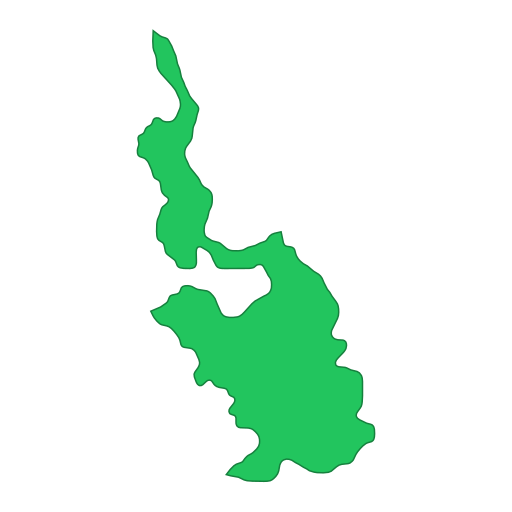 outline of Cambita Garabito, San Cristóbal, Dominican Republic
{"feature_id": "3306468B64395738690475", "entity_name": "Cambita Garabito", "entity_type": "district", "adm_level": 2, "iso_a3": "DOM", "parent_name": "Dominican Republic", "parent_adm1": "San Cristóbal", "projection": "natural_earth1", "projection_center": [-70.253, 18.535], "detail": "fine", "context": "isolated", "style": "filled", "palette": "green", "viewbox_px": 512, "rotation_deg": 0, "n_neighbors": 0, "source": "geoboundaries", "source_scale": "gbopen_adm2", "svg_char_len": 6099}
<svg xmlns="http://www.w3.org/2000/svg" viewBox="0 0 512 512"><path d="M226.3,474.6L230.7,475.8L238.5,477.2L244.1,479.9L247.1,480.7L252.3,481.1L264.0,481.3L267.1,481.2L270.2,480.7L272.0,479.8L273.6,478.6L275.8,476.4L277.6,473.8L278.7,470.9L279.8,464.9L281.0,462.3L282.2,460.9L283.6,459.9L286.4,459.1L289.1,459.3L291.8,460.2L295.5,462.6L298.8,464.3L303.4,467.2L306.7,468.9L309.4,470.7L314.0,472.1L317.1,472.6L323.4,472.8L328.4,472.3L331.2,471.2L336.6,466.7L339.1,465.1L341.8,464.3L348.2,463.6L350.0,463.0L352.1,461.3L353.3,459.9L355.8,454.6L357.5,451.9L360.3,448.5L362.6,446.1L365.8,443.6L367.5,442.8L371.6,441.6L372.9,440.6L373.5,439.8L373.9,438.9L374.4,436.9L374.6,433.7L374.4,429.4L373.9,427.4L373.5,426.4L372.3,425.0L370.8,424.3L366.6,423.2L359.6,419.8L357.5,418.3L356.6,416.9L356.3,416.1L356.2,415.2L356.6,413.3L357.5,411.8L360.3,407.9L361.3,406.1L361.9,404.0L362.2,401.7L362.5,395.8L362.5,381.5L362.2,378.1L361.6,376.0L361.1,375.1L359.4,372.9L357.1,371.5L350.8,369.9L346.9,368.0L345.2,367.4L339.0,366.8L337.5,366.4L336.1,365.4L335.7,364.6L335.4,362.7L335.6,361.8L336.4,360.0L338.3,357.7L343.5,352.3L344.8,350.6L345.9,348.7L346.5,345.7L346.4,343.8L345.8,342.0L344.5,340.7L343.0,340.1L337.8,339.8L335.2,339.1L333.7,338.2L332.4,336.8L331.6,335.2L331.3,334.2L331.3,332.1L331.7,330.3L337.5,318.4L338.4,315.5L338.7,312.3L338.6,309.0L338.1,305.9L337.4,303.9L335.7,301.2L332.0,296.2L329.8,292.4L327.3,289.3L324.0,282.8L322.1,278.3L320.5,276.0L318.5,274.2L313.7,271.3L307.4,266.0L303.3,263.7L300.2,261.1L298.1,258.7L296.5,256.0L295.8,254.1L294.6,249.7L293.7,248.3L292.3,247.4L290.8,246.9L286.8,246.3L285.3,245.7L284.6,245.1L284.1,244.4L283.4,242.8L281.1,231.8L274.5,233.3L271.9,234.3L269.8,235.9L268.7,237.2L266.8,239.9L266.3,240.5L264.9,241.4L260.0,243.1L255.3,245.5L248.1,247.4L243.4,249.9L241.5,250.4L238.5,250.8L232.3,250.7L230.2,250.3L228.3,249.6L226.6,248.6L220.4,243.4L218.7,242.5L213.3,241.1L211.6,240.5L206.6,237.3L205.4,236.1L204.9,235.2L204.2,232.1L204.1,229.9L204.4,226.5L204.9,224.2L207.5,218.1L209.1,211.1L211.1,206.8L211.7,204.9L212.1,202.8L212.3,199.6L212.2,196.4L211.8,194.4L211.0,192.5L209.2,190.3L207.8,189.2L204.0,187.0L202.1,185.1L201.1,183.6L199.5,180.0L197.9,177.4L190.1,167.7L189.1,165.9L187.5,162.2L185.5,158.0L184.9,156.1L184.6,154.0L184.8,150.9L185.7,147.9L186.8,146.1L190.5,141.1L191.8,138.3L192.2,136.2L193.1,127.8L193.7,125.9L195.2,122.5L195.8,120.6L197.1,114.6L198.4,110.5L198.6,108.9L198.5,107.9L197.8,106.2L196.7,104.7L191.5,98.5L189.7,96.0L187.3,90.5L185.1,86.2L183.8,82.5L181.4,77.3L179.9,70.2L179.3,68.3L177.5,63.9L175.8,55.9L173.5,50.6L171.7,46.0L168.6,40.5L167.6,39.1L166.9,38.6L165.4,37.9L162.1,36.9L159.7,35.7L153.2,30.7L152.8,40.9L153.1,47.5L153.8,50.5L155.6,54.9L156.1,56.8L156.5,58.8L157.0,65.1L157.7,68.2L159.2,71.0L161.0,73.5L171.7,85.3L174.9,89.4L176.0,91.2L179.6,99.2L180.1,101.1L180.5,104.2L180.4,106.3L179.9,108.4L176.6,116.3L174.8,119.0L173.2,120.5L172.2,121.1L170.3,121.7L168.2,121.9L166.2,121.9L164.3,121.5L162.6,120.9L159.8,118.6L158.5,118.0L156.2,117.9L154.7,118.4L153.5,119.5L152.1,123.1L151.4,124.4L150.2,125.4L147.6,126.7L146.4,127.7L145.5,129.0L144.3,132.0L143.5,133.3L142.3,134.1L139.2,135.7L138.7,136.3L138.1,137.7L138.1,139.4L138.9,143.8L138.6,145.6L137.7,148.4L137.4,150.3L137.5,153.1L138.0,154.8L138.5,155.6L139.8,156.6L143.6,157.9L145.3,158.8L147.5,161.1L148.6,162.9L151.6,169.8L153.2,175.4L153.9,177.0L154.9,178.2L158.7,180.4L159.8,181.7L160.4,183.5L161.3,189.9L162.0,192.0L162.5,193.0L164.5,195.3L167.6,197.6L168.4,198.8L168.5,199.6L168.2,201.4L167.3,202.9L165.4,204.7L162.8,206.7L161.8,208.0L161.1,209.6L159.8,214.2L157.6,219.5L157.1,221.8L156.8,224.2L156.6,231.4L156.9,236.0L157.4,238.1L157.8,239.0L159.0,240.4L162.5,242.5L163.6,243.8L164.2,245.6L165.4,251.4L166.2,253.2L167.3,254.4L174.6,260.0L175.6,261.4L177.3,265.7L178.5,267.0L180.1,267.8L183.9,268.4L189.9,268.5L192.7,268.1L194.4,267.4L195.1,266.7L196.0,264.9L196.4,263.0L196.4,259.8L196.2,252.2L196.5,249.3L197.4,247.6L198.1,247.1L199.0,246.8L200.6,246.8L202.0,247.5L207.1,250.5L209.3,252.3L210.4,253.8L211.4,255.4L213.2,259.9L216.1,265.5L217.2,266.8L218.0,267.4L219.7,268.1L221.6,268.4L224.6,268.5L249.2,268.4L252.1,268.0L253.8,267.5L256.6,265.2L257.9,264.7L260.3,264.5L261.9,265.0L262.6,265.5L263.6,266.8L266.6,272.2L268.2,275.4L270.5,278.6L271.4,281.5L271.6,284.7L271.4,288.1L270.7,290.3L269.8,292.0L268.6,293.4L266.3,295.0L263.9,296.1L255.1,301.0L251.9,303.8L244.4,312.1L242.1,314.4L239.5,316.2L237.5,316.9L233.4,317.4L229.3,317.4L226.3,316.9L224.4,316.2L222.9,315.1L221.1,313.0L217.2,304.2L215.0,298.6L213.2,296.0L210.4,293.0L208.7,291.7L206.9,290.9L197.7,289.4L195.9,288.7L192.0,286.6L190.1,286.0L188.0,285.7L185.1,285.8L183.3,286.3L182.5,286.7L181.3,287.9L179.9,291.6L179.0,292.9L178.4,293.3L177.0,294.0L172.2,295.0L170.8,295.6L170.1,296.1L169.3,297.4L167.8,301.2L167.4,301.9L166.2,303.1L160.6,307.0L150.8,311.2L153.0,315.7L154.3,317.9L156.8,321.0L158.9,323.0L160.3,324.1L161.9,324.8L166.7,325.9L169.1,326.8L171.4,328.5L174.1,331.3L176.6,334.4L178.8,337.6L179.9,340.2L181.0,344.7L181.9,346.1L182.6,346.7L184.1,347.3L190.1,348.2L191.9,348.7L194.1,350.3L195.3,351.7L195.8,352.5L198.9,359.5L199.6,362.3L199.5,364.3L198.8,366.2L197.9,367.9L195.1,371.8L194.3,373.5L194.1,374.4L194.4,377.0L195.9,381.1L196.6,382.8L197.6,384.3L198.9,385.3L199.7,385.6L201.3,385.5L202.8,384.7L206.0,381.7L207.4,380.6L208.2,380.3L209.7,380.1L211.2,380.6L211.8,381.1L214.0,384.3L215.2,385.5L216.7,386.5L219.2,387.4L224.5,388.3L226.0,388.9L226.7,389.4L227.6,390.8L228.7,393.8L229.5,395.0L230.6,395.8L233.8,397.3L234.7,398.7L234.9,400.4L234.4,402.2L233.4,403.8L229.9,408.2L229.1,409.9L229.0,411.6L229.6,413.2L230.1,413.8L231.4,414.4L234.1,415.3L234.7,415.6L235.6,416.7L236.0,418.1L236.0,422.0L236.1,423.8L236.7,425.5L237.2,426.2L238.6,427.3L240.4,427.7L248.3,428.0L251.3,428.7L253.1,429.7L255.4,431.7L257.5,434.1L258.6,436.0L259.0,437.0L259.5,439.1L259.6,441.2L259.5,443.3L258.9,445.4L258.5,446.4L256.7,449.0L253.0,452.6L251.4,453.7L248.2,455.4L246.8,456.5L245.0,458.4L242.6,461.7L241.2,462.5L236.3,464.2L233.9,465.8L230.2,469.5L226.3,474.6Z" fill="#22c55e" stroke="#15803d" stroke-width="1.5"/></svg>